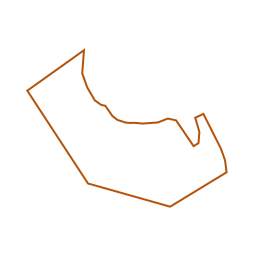 the Highly Urbanized City of Tacloban, rotated 335°
{"feature_id": "PHL-5535", "entity_name": "Tacloban", "entity_type": "Highly Urbanized City", "adm_level": 1, "iso_a3": "PHL", "parent_name": "Philippines", "parent_adm1": "", "projection": "orthographic", "projection_center": [124.994, 11.263], "detail": "fine", "context": "isolated", "style": "outline", "palette": "amber", "viewbox_px": 256, "rotation_deg": 335, "n_neighbors": 0, "source": "natural_earth", "source_scale": "10m", "svg_char_len": 480}
<svg xmlns="http://www.w3.org/2000/svg" viewBox="0 0 256 256"><g transform="rotate(335 128 128)"><path d="M121.0,38.9L109.6,59.1L108.2,74.0L109.6,89.0L113.5,95.8L116.8,98.2L119.0,110.7L121.9,116.3L128.2,122.1L132.0,124.3L136.0,126.0L142.8,130.0L157.4,135.6L168.1,136.3L174.8,141.4L179.8,172.2L185.5,171.5L191.0,161.8L193.3,147.1L202.3,147.1L203.5,185.9L202.3,198.3L198.6,209.8L132.9,217.1L68.3,161.4L52.5,51.6L121.0,38.9Z" fill="none" stroke="#b45309" stroke-width="2"/></g></svg>